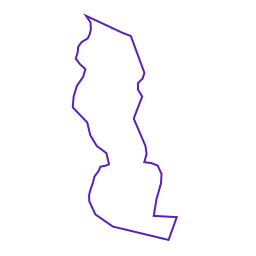 the border of Rukungiri, rotated 190°
{"feature_id": "UGA-3373", "entity_name": "Rukungiri", "entity_type": "District", "adm_level": 1, "iso_a3": "UGA", "parent_name": "Uganda", "parent_adm1": "", "projection": "mercator", "projection_center": [29.905, -0.722], "detail": "fine", "context": "isolated", "style": "outline", "palette": "violet", "viewbox_px": 256, "rotation_deg": 190, "n_neighbors": 0, "source": "natural_earth", "source_scale": "10m", "svg_char_len": 735}
<svg xmlns="http://www.w3.org/2000/svg" viewBox="0 0 256 256"><g transform="rotate(190 128 128)"><path d="M64.5,48.7L68.6,24.8L125.8,28.3L145.1,37.2L153.3,48.9L154.7,55.0L154.1,62.1L153.2,66.5L152.6,74.3L149.3,81.0L148.5,85.1L144.2,86.7L140.4,88.9L144.9,99.5L155.7,104.9L163.9,114.3L169.1,126.4L186.0,138.7L187.0,149.6L185.7,160.5L181.0,170.8L180.2,178.6L186.4,182.5L191.5,187.2L190.7,193.5L191.1,199.4L188.7,204.4L183.2,209.3L182.0,213.7L181.7,218.9L183.3,225.5L188.8,231.2L150.1,220.8L141.2,219.1L121.4,185.1L122.2,179.2L126.0,174.0L124.9,167.6L119.5,161.5L124.0,138.3L107.7,113.3L105.2,105.7L106.0,97.2L98.9,97.5L92.2,96.1L87.0,88.5L85.9,79.1L87.6,62.4L87.4,45.9L64.5,48.7Z" fill="none" stroke="#5b21b6" stroke-width="2"/></g></svg>